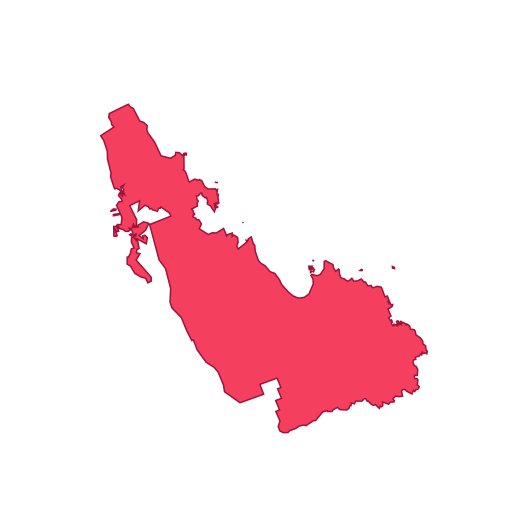 outline of Cook, Queensland, Australia, rotated 334°
{"feature_id": "25037944B35622910690770", "entity_name": "Cook", "entity_type": "district", "adm_level": 2, "iso_a3": "AUS", "parent_name": "Australia", "parent_adm1": "Queensland", "projection": "natural_earth1", "projection_center": [143.95, -13.681], "detail": "fine", "context": "isolated", "style": "filled", "palette": "rose", "viewbox_px": 512, "rotation_deg": 334, "n_neighbors": 0, "source": "geoboundaries", "source_scale": "gbopen_adm2", "svg_char_len": 6160}
<svg xmlns="http://www.w3.org/2000/svg" viewBox="0 0 512 512"><g transform="rotate(334 256 256)"><path d="M170.0,176.0L163.6,176.6L162.4,178.4L161.7,177.4L159.5,177.3L158.5,175.6L156.6,176.6L159.9,173.6L160.1,176.3L161.9,176.4L164.6,171.1L164.6,155.4L175.6,155.3L169.9,163.9L178.3,161.7L180.8,164.4L181.2,167.3L183.1,167.6L183.2,169.1L187.0,172.6L189.3,170.4L190.9,171.1L192.0,170.2L197.1,179.6L196.9,182.8L174.2,181.1L167.2,217.0L169.2,227.7L165.0,247.9L158.5,259.7L157.7,265.9L161.9,278.7L161.0,292.6L161.2,303.9L162.9,304.0L162.0,314.6L164.6,329.6L169.5,337.7L171.1,343.7L170.2,357.7L168.2,364.2L177.3,380.9L202.3,383.6L203.2,373.1L221.4,375.0L220.7,385.2L217.2,384.8L216.5,395.1L210.3,394.5L209.7,404.7L205.7,404.4L205.2,414.9L201.2,419.0L200.7,423.5L203.0,426.7L207.3,428.7L209.9,427.7L216.1,428.5L220.2,427.8L225.1,428.9L226.4,430.4L235.1,429.2L237.4,430.0L247.6,425.4L252.5,426.3L252.2,427.2L256.1,429.1L258.0,428.0L262.8,427.8L264.0,430.8L270.1,434.2L272.9,433.6L274.6,431.8L275.8,432.2L277.2,429.9L279.7,432.1L281.9,430.1L287.6,432.9L290.8,431.7L292.1,432.5L292.3,435.4L293.2,435.6L294.7,440.1L296.2,441.7L298.2,442.0L300.0,447.0L301.8,445.5L302.8,446.6L304.3,446.1L305.9,442.8L310.3,447.4L312.4,446.1L316.0,447.7L317.0,446.7L316.3,444.5L320.1,443.1L322.8,445.2L326.4,446.2L327.4,441.7L328.7,440.4L331.4,441.2L332.0,443.4L335.7,448.4L338.5,445.8L339.3,447.4L340.9,446.4L343.6,446.6L345.5,445.0L344.5,442.4L347.3,438.2L347.0,436.9L345.2,436.0L345.2,433.9L346.5,432.8L348.7,434.0L351.6,428.9L351.6,425.5L350.3,424.0L350.5,419.9L352.4,418.5L354.3,419.0L354.6,417.3L355.9,416.8L358.4,417.6L361.1,416.4L361.6,417.5L363.3,415.3L363.7,417.0L365.5,417.2L366.6,418.8L368.2,416.7L367.8,414.6L369.1,411.0L367.5,408.5L368.5,405.6L368.1,402.2L365.2,397.0L366.2,393.3L365.8,391.5L362.7,389.4L363.4,386.2L362.1,383.6L361.7,383.3L361.0,384.0L360.1,383.7L360.8,383.7L360.7,382.4L359.2,380.3L356.9,380.5L356.6,381.5L355.6,380.3L352.2,380.6L352.3,379.5L355.3,379.6L355.2,376.5L353.6,376.4L353.5,378.9L351.0,379.1L350.0,379.0L350.1,377.9L348.7,378.8L348.0,377.2L348.6,375.1L349.6,375.2L349.8,372.9L348.5,373.1L348.0,369.8L351.0,369.2L351.4,360.5L351.5,361.5L354.0,361.4L356.6,360.9L357.6,359.5L356.0,359.0L356.0,356.4L354.6,357.2L354.5,354.6L356.0,354.8L356.5,349.5L354.0,349.2L355.0,339.0L351.7,336.4L347.6,335.9L346.4,334.2L346.6,333.0L343.3,331.7L343.1,327.4L341.5,326.4L340.6,322.8L336.3,322.9L332.8,321.4L332.4,318.0L328.7,319.0L326.7,318.3L325.6,315.5L322.8,313.0L323.1,308.9L324.8,304.5L324.4,303.8L320.9,304.7L320.5,300.9L321.4,297.5L316.5,290.7L315.0,290.7L311.6,297.4L305.6,300.8L302.1,300.4L298.2,297.0L296.9,297.5L297.1,301.9L295.2,306.2L286.9,313.4L281.3,314.3L276.4,312.8L274.3,311.0L271.7,307.9L269.3,302.6L266.5,292.8L266.7,287.9L265.3,279.8L261.8,276.3L259.9,268.7L257.2,264.7L256.2,261.2L257.4,251.3L259.5,246.1L259.1,242.9L260.1,236.7L256.4,237.3L255.4,238.7L254.0,237.6L254.1,239.4L243.0,241.9L243.2,238.5L245.9,235.9L247.6,231.1L245.2,227.4L243.2,227.8L244.7,224.9L239.4,224.3L238.4,225.1L239.0,217.0L230.3,217.9L227.1,216.0L222.4,215.7L217.0,206.6L221.0,203.3L220.5,198.3L218.5,197.2L218.4,195.5L216.4,193.2L217.2,191.7L218.9,191.9L219.4,190.9L218.7,190.0L219.3,187.5L218.7,185.6L225.3,185.4L226.1,182.9L228.2,181.3L227.8,179.2L228.9,175.9L230.6,176.6L233.5,175.3L234.3,176.3L235.0,174.9L234.2,177.9L235.9,181.6L237.2,181.7L236.6,186.2L235.7,186.3L235.1,188.1L237.0,191.0L238.0,198.0L240.9,195.1L242.8,195.4L242.8,194.2L241.7,192.5L241.6,190.9L243.9,192.2L243.7,190.6L245.7,192.1L247.5,186.6L249.2,184.2L248.2,184.1L248.2,182.8L250.5,179.3L249.2,179.5L249.0,177.9L242.3,174.8L240.2,171.0L240.3,164.6L238.7,162.5L237.6,162.8L234.6,160.0L228.7,160.3L228.3,159.6L229.5,151.0L229.3,147.8L228.3,146.8L229.7,145.8L234.9,134.7L236.7,133.5L237.5,134.6L238.4,133.1L236.5,132.1L233.8,133.5L232.5,129.6L229.4,127.7L227.5,130.2L221.9,130.6L214.6,124.3L214.8,109.3L212.8,97.8L213.2,94.8L215.4,91.0L213.6,86.6L210.7,83.7L210.4,69.6L208.4,66.8L207.8,63.6L186.6,63.6L184.4,66.8L184.8,72.3L183.8,74.6L184.9,77.8L169.1,79.8L169.8,85.6L168.2,96.9L165.1,103.5L162.1,117.7L160.0,121.2L158.4,132.5L158.6,133.8L160.3,133.9L162.1,136.4L162.8,138.2L161.7,140.0L162.6,140.8L163.5,140.8L164.8,134.4L168.4,134.2L166.0,135.9L166.4,138.2L164.7,139.9L164.9,143.4L163.4,141.1L162.4,142.0L162.3,144.5L161.2,139.6L160.1,140.1L158.9,141.5L160.1,146.3L159.7,148.3L156.7,147.1L152.8,149.3L152.6,158.2L146.0,156.2L145.5,157.4L152.6,159.2L152.3,162.9L148.4,168.8L145.5,167.0L142.6,168.0L141.1,167.0L137.0,175.8L139.1,177.2L140.2,176.8L140.9,168.5L141.3,173.2L143.4,173.6L143.6,171.0L145.9,169.7L144.8,171.2L148.0,173.7L149.6,176.7L152.2,177.9L154.3,177.5L154.3,175.5L155.7,177.2L155.4,181.3L153.2,182.5L154.6,183.5L153.7,185.1L152.3,184.7L150.1,188.9L149.9,195.3L147.0,195.0L144.4,198.4L140.7,201.2L139.8,200.5L136.6,206.8L138.7,209.9L139.5,218.5L143.3,224.3L147.1,227.7L147.0,232.7L150.8,232.7L152.5,229.1L146.5,207.0L152.8,203.0L150.0,200.9L151.6,198.0L154.2,198.0L156.8,188.7L162.7,197.0L166.4,191.8L165.2,188.6L163.0,188.3L162.2,191.0L159.9,186.3L168.0,184.5L174.0,179.7L170.0,176.0ZM242.5,194.1L240.6,193.7L241.3,193.0L240.5,191.3L242.5,194.1ZM155.6,190.3L154.9,188.7L154.7,186.6L155.5,187.7L155.6,190.3ZM142.9,169.5L143.7,169.4L143.4,168.5L144.7,168.2L145.7,168.9L144.5,168.6L143.7,169.5L142.9,169.5ZM156.0,184.9L155.1,184.5L154.9,183.6L155.6,183.6L156.0,184.9ZM157.8,183.5L157.3,184.4L157.0,183.5L157.8,183.5ZM301.7,290.2L299.1,292.1L302.3,292.9L301.7,290.2ZM144.6,152.1L150.0,153.4L150.7,152.5L148.5,151.2L144.6,152.1ZM373.4,326.7L375.0,328.1L375.4,326.9L374.0,325.2L373.4,326.7ZM301.3,289.5L299.0,288.3L297.7,292.1L299.9,289.7L301.3,289.5ZM356.6,378.9L355.3,378.0L355.6,379.7L358.4,379.8L357.6,378.2L356.6,378.9ZM152.7,183.0L153.7,181.8L153.1,181.3L153.5,181.1L151.7,181.5L152.7,183.0ZM343.1,314.6L344.9,315.6L345.5,314.9L344.8,314.2L343.1,314.6ZM300.7,295.5L301.9,294.4L299.9,294.6L300.7,295.5ZM305.2,285.0L305.5,286.1L305.7,285.1L305.5,284.9L305.2,285.0ZM297.3,295.4L299.0,294.2L298.9,293.6L298.5,293.6L297.3,295.4ZM258.8,220.8L259.1,219.6L258.8,220.8ZM254.1,173.2L252.7,172.7L251.4,171.5L252.6,172.7L254.1,173.2Z" fill="#f43f5e" stroke="#9f1239" stroke-width="1.5"/></g></svg>